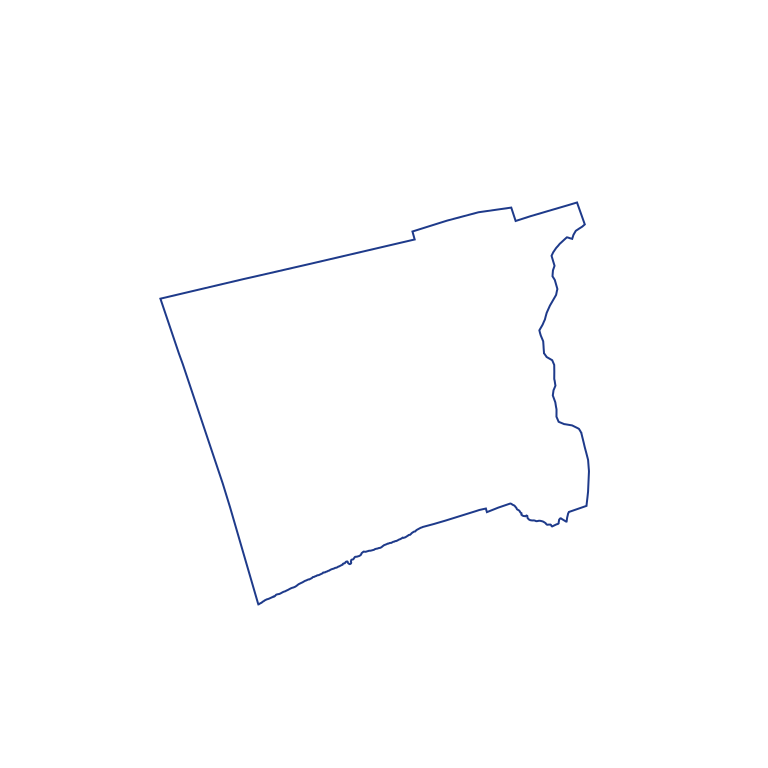 the district of Avellaneda, Ciudad de Buenos Aires, Argentina, rotated 120°
{"feature_id": "61730980B497821979952", "entity_name": "Avellaneda", "entity_type": "district", "adm_level": 2, "iso_a3": "ARG", "parent_name": "Argentina", "parent_adm1": "Ciudad de Buenos Aires", "projection": "natural_earth1", "projection_center": [-58.33, -34.679], "detail": "fine", "context": "isolated", "style": "outline", "palette": "blue", "viewbox_px": 768, "rotation_deg": 120, "n_neighbors": 0, "source": "geoboundaries", "source_scale": "gbopen_adm2", "svg_char_len": 5314}
<svg xmlns="http://www.w3.org/2000/svg" viewBox="0 0 768 768"><g transform="rotate(120 384 384)"><path d="M421.9,620.3L460.1,576.9L467.4,568.2L550.8,473.9L567.7,455.7L604.9,416.9L618.3,402.9L636.8,383.6L637.0,383.4L637.7,382.6L637.4,382.3L636.6,381.9L635.6,381.4L634.7,380.7L633.2,380.2L632.1,379.5L631.2,379.2L630.0,378.4L629.3,378.0L628.6,377.3L627.6,376.4L626.2,375.4L625.5,374.9L624.9,374.5L625.1,374.5L624.2,374.0L623.6,373.3L622.8,372.7L621.8,372.3L620.9,372.2L620.2,371.9L619.2,370.9L618.2,369.7L617.1,368.9L615.9,368.2L614.6,367.4L613.6,366.6L612.9,365.9L611.7,365.2L610.9,364.6L610.0,364.0L608.8,363.3L607.7,362.6L606.5,361.7L605.4,360.6L603.9,359.5L602.5,358.8L600.9,358.2L600.0,357.8L598.8,357.0L597.6,356.2L596.5,355.4L595.4,354.8L594.0,354.0L593.1,353.2L591.8,352.3L591.0,351.7L590.5,350.9L589.4,350.3L588.3,349.5L587.5,349.3L586.7,349.0L586.0,348.1L585.3,347.7L584.8,347.3L584.0,346.6L583.3,346.3L582.7,345.7L582.2,345.0L581.8,344.7L581.0,344.2L580.5,343.8L579.7,343.3L579.2,342.9L578.5,342.5L577.9,342.5L577.3,341.9L577.0,341.4L576.6,340.9L576.1,340.7L575.5,340.2L575.0,339.7L574.4,339.3L574.0,339.1L573.5,338.7L572.9,338.1L572.2,337.8L571.5,337.4L570.7,336.8L570.0,336.2L569.3,335.5L568.7,335.0L567.6,334.3L566.7,333.2L565.7,332.6L565.0,332.3L564.2,331.5L563.3,331.0L562.5,330.5L561.7,329.9L561.0,329.5L560.5,329.7L559.8,329.4L558.9,328.4L558.4,328.3L557.6,328.2L556.9,328.0L556.1,327.2L556.1,326.7L556.3,326.4L556.7,326.1L557.1,325.3L557.2,324.6L557.2,324.3L557.2,323.8L557.0,323.5L556.4,323.1L555.9,322.9L555.3,323.0L554.8,323.3L554.4,323.8L553.6,324.1L553.0,324.3L552.6,324.3L552.1,324.0L551.4,323.1L550.9,322.9L550.1,322.9L549.6,322.8L548.9,322.8L548.2,322.6L548.0,322.4L547.5,321.8L547.2,321.2L546.4,320.5L545.5,319.6L544.7,319.1L543.5,318.6L542.7,318.6L542.2,318.8L541.4,318.7L540.7,318.4L539.9,318.1L539.4,317.9L539.0,317.1L538.6,316.2L538.0,315.5L537.4,315.0L536.6,314.2L535.9,313.6L535.3,312.6L534.5,311.7L533.3,310.5L532.6,309.8L531.6,309.3L530.7,308.5L529.8,307.4L528.7,306.5L528.3,306.0L527.6,305.2L526.4,304.5L525.2,304.1L524.1,303.6L523.4,303.3L522.4,302.4L521.2,301.5L520.4,301.0L520.0,300.3L519.1,299.8L518.5,299.1L517.8,298.1L517.3,297.9L516.5,297.4L515.9,297.0L515.4,296.3L514.7,295.9L514.3,295.6L514.0,295.0L513.4,294.6L513.1,294.3L512.4,293.9L512.0,293.7L511.2,293.2L510.6,292.7L510.2,292.3L509.6,292.0L508.9,291.5L508.3,291.3L507.7,291.0L507.6,290.4L507.5,290.1L506.8,289.6L506.5,289.2L505.9,288.8L505.0,288.3L504.2,287.9L503.5,287.5L502.6,287.2L502.1,286.8L501.5,286.0L500.5,285.7L499.5,285.5L498.5,285.1L497.6,284.6L496.7,284.1L496.0,283.2L495.2,283.1L494.2,282.8L493.2,282.2L490.1,280.3L489.4,279.6L488.5,279.0L487.5,278.0L485.4,275.9L484.6,275.1L480.4,270.9L471.6,262.5L448.5,241.2L445.4,238.4L440.9,233.5L442.3,232.1L443.5,230.8L436.3,225.1L434.0,223.3L424.4,214.9L424.1,213.7L424.2,213.0L424.3,212.4L424.2,211.5L424.1,210.4L424.4,209.3L424.8,208.4L425.0,207.6L425.6,206.8L426.0,206.1L426.0,205.7L426.0,204.9L426.0,204.1L426.1,203.5L426.4,202.7L427.0,201.8L427.1,201.1L427.2,200.3L428.0,200.0L428.5,199.6L428.5,198.9L428.7,198.5L428.6,197.3L428.4,196.9L428.1,196.2L427.9,195.5L427.5,195.3L426.7,194.9L426.6,194.0L427.7,193.1L428.3,192.6L428.7,191.3L428.9,190.5L428.8,189.3L428.4,188.2L427.8,186.9L427.3,186.2L426.9,185.2L426.7,183.6L425.8,182.3L424.9,181.4L424.3,180.1L423.9,178.8L423.6,177.5L423.6,176.5L423.7,174.5L424.2,173.5L424.3,172.3L423.5,171.2L422.5,169.5L422.6,168.9L423.2,167.9L423.3,167.2L422.6,166.7L419.1,164.3L418.4,163.5L417.4,163.1L416.6,163.5L413.8,164.5L413.3,164.3L412.6,164.3L411.9,163.7L412.0,162.1L412.1,157.4L411.8,157.1L411.6,157.2L411.1,157.4L408.1,158.6L406.0,159.2L404.1,159.8L403.3,159.8L402.4,159.9L388.3,147.7L386.3,148.6L380.5,151.1L375.3,153.4L357.2,162.8L355.4,164.0L355.0,164.3L347.7,169.3L342.5,174.4L338.2,178.7L335.1,181.6L327.8,188.6L327.7,188.6L327.5,189.1L327.0,189.8L325.4,192.7L325.4,194.1L325.8,200.4L328.3,207.1L328.7,208.0L328.7,208.4L329.3,213.0L329.4,213.9L329.0,214.4L326.7,217.5L326.3,218.0L326.1,218.3L325.9,218.4L323.6,219.7L319.9,221.8L318.9,222.6L317.9,223.5L314.2,226.5L309.5,232.1L304.8,234.0L304.5,234.1L303.4,234.2L299.7,234.7L298.4,235.8L295.9,237.8L294.5,239.1L289.2,242.1L288.3,242.6L282.6,246.0L282.4,246.1L280.0,249.3L279.3,250.2L279.3,251.8L279.3,255.7L279.3,256.2L279.3,256.7L279.2,256.8L277.9,259.6L277.4,260.7L277.4,260.8L276.6,261.3L273.1,263.7L271.7,264.6L267.4,267.5L263.6,272.5L261.7,274.5L259.8,276.3L253.2,276.3L250.0,276.7L247.7,276.9L244.9,277.7L241.0,278.7L233.2,279.5L231.0,279.5L226.5,279.5L220.8,279.5L219.3,280.0L218.1,280.4L217.2,280.7L216.9,280.8L215.1,281.3L214.1,282.3L211.3,285.2L211.0,285.5L208.5,288.1L207.0,290.9L206.7,291.5L206.5,291.9L204.7,292.8L201.3,294.4L201.1,294.5L198.5,295.0L196.4,295.4L195.9,295.9L192.8,299.2L189.2,303.0L185.5,303.3L185.2,303.3L181.1,303.0L180.9,303.0L180.0,302.9L177.2,302.3L174.7,301.9L172.9,301.3L170.0,300.4L169.0,300.1L165.6,299.0L165.5,298.9L165.3,298.2L165.1,297.5L164.9,296.4L164.7,295.4L164.6,295.2L164.2,293.6L160.1,294.5L159.9,294.5L155.5,294.5L154.6,294.1L153.5,293.5L152.4,293.0L148.6,291.0L145.4,289.9L130.3,307.6L137.0,313.9L152.8,329.0L156.6,332.6L165.5,341.1L177.0,351.5L167.6,362.0L188.0,388.0L210.9,411.0L237.7,435.6L243.5,429.7L317.5,508.7L356.0,550.1L362.9,557.6L421.9,620.3Z" fill="none" stroke="#1e3a8a" stroke-width="2"/></g></svg>